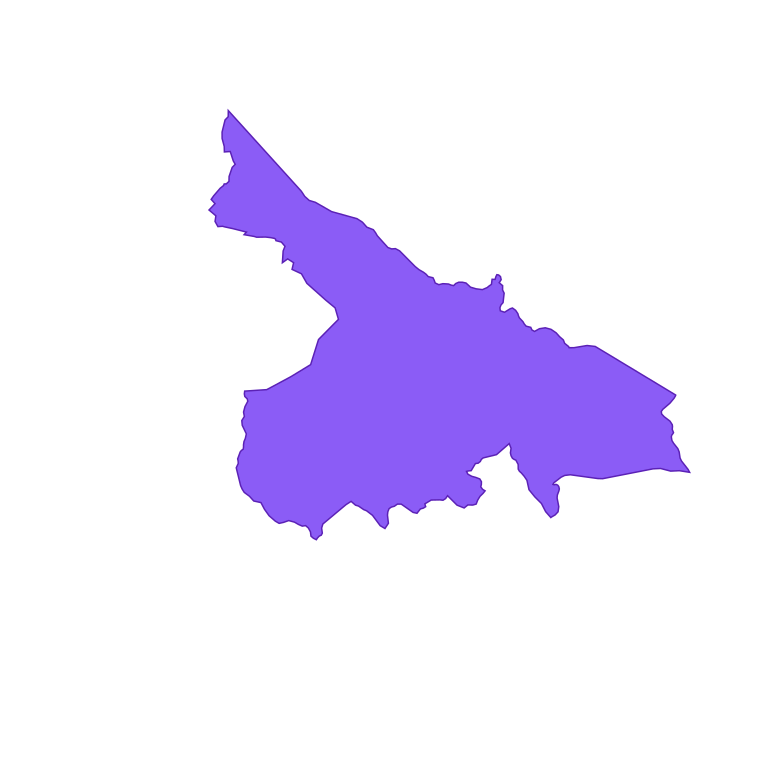 an SVG outline of Assaba, rotated 309°
{"feature_id": "MRT-2789", "entity_name": "Assaba", "entity_type": "Region", "adm_level": 1, "iso_a3": "MRT", "parent_name": "Mauritania", "parent_adm1": "", "projection": "natural_earth1", "projection_center": [-11.553, 16.707], "detail": "fine", "context": "isolated", "style": "filled", "palette": "violet", "viewbox_px": 768, "rotation_deg": 309, "n_neighbors": 0, "source": "natural_earth", "source_scale": "10m", "svg_char_len": 3839}
<svg xmlns="http://www.w3.org/2000/svg" viewBox="0 0 768 768"><g transform="rotate(309 384 384)"><path d="M507.7,677.1L502.5,668.1L496.7,661.6L492.4,652.1L487.4,646.5L448.0,613.5L445.1,609.7L430.7,585.9L426.7,582.0L423.1,580.3L414.2,578.2L412.8,578.4L412.3,578.5L412.6,579.3L413.0,579.9L413.5,580.3L414.2,580.8L414.5,581.7L414.7,582.6L414.5,583.6L414.2,584.5L412.8,586.3L411.0,587.2L406.8,588.6L404.3,590.3L398.7,597.0L394.2,599.7L390.0,599.4L385.8,597.8L385.2,597.7L386.5,590.0L390.2,581.6L391.2,572.3L393.1,563.2L399.1,555.7L400.5,551.1L401.3,546.7L401.4,544.2L402.3,541.9L405.9,538.9L407.8,534.4L407.3,532.7L407.1,530.6L408.2,527.9L410.0,525.6L414.0,523.2L416.5,518.8L399.9,515.9L389.0,507.6L386.7,507.1L384.4,507.6L381.7,507.0L379.7,505.1L371.5,506.3L369.8,504.5L368.0,503.1L366.7,506.0L367.5,510.3L369.2,514.2L370.5,518.2L369.4,521.2L367.2,522.9L365.0,523.9L364.2,526.9L364.6,529.8L361.3,529.8L357.1,529.3L352.7,529.9L348.7,531.2L345.8,529.2L342.8,525.3L338.1,524.3L335.8,517.0L337.2,503.7L333.7,504.0L330.8,503.0L329.0,500.2L323.5,493.7L316.6,491.2L315.6,492.5L314.9,493.6L312.3,492.7L309.8,490.9L304.3,491.0L302.5,487.4L301.5,473.0L299.1,470.0L295.5,469.0L293.0,467.2L290.3,466.4L287.1,467.4L284.3,469.2L278.5,475.1L272.3,475.7L271.5,470.2L274.7,457.7L274.5,450.2L273.6,447.3L273.1,441.0L271.9,438.1L272.1,432.3L266.3,430.4L236.7,424.6L232.8,426.2L229.3,429.9L227.1,430.4L225.1,429.4L222.5,429.2L220.4,429.4L219.7,426.2L219.8,423.0L222.8,419.9L224.5,415.8L224.6,412.2L222.1,409.9L221.0,405.8L220.3,401.4L217.9,395.9L213.2,393.0L209.7,390.2L209.0,385.8L209.3,377.6L211.4,370.0L214.4,363.0L211.1,356.4L212.1,350.1L211.8,343.6L213.1,339.8L214.8,336.5L225.9,321.9L230.6,320.7L232.4,319.0L233.7,317.4L240.7,315.0L242.7,315.0L244.7,315.6L246.6,314.5L248.3,313.1L251.2,311.4L254.4,310.5L258.6,308.4L262.7,299.8L266.1,296.5L270.9,295.9L273.8,292.5L278.9,290.2L284.9,289.0L286.4,287.0L286.7,283.7L288.4,281.7L290.8,280.2L305.8,296.4L330.8,306.9L352.9,314.8L377.4,305.1L405.6,307.9L412.4,298.1L412.5,286.2L413.7,260.7L417.7,250.5L415.2,240.4L421.4,237.4L420.6,230.4L414.3,228.7L419.0,225.4L423.9,221.9L428.7,220.4L429.7,214.9L427.4,209.8L428.3,208.6L428.2,207.2L426.6,204.1L423.7,199.5L417.9,192.6L417.0,190.3L412.0,181.3L415.5,181.5L409.7,168.9L405.8,161.2L405.0,159.3L401.8,155.9L404.0,150.4L408.9,147.5L409.1,138.5L417.8,139.2L418.7,133.5L423.2,133.2L433.0,133.5L437.3,134.4L438.9,133.9L440.3,135.5L443.9,136.0L447.8,133.0L456.8,129.7L461.1,130.1L462.5,126.5L467.9,118.2L463.9,113.9L468.1,110.3L472.9,103.7L477.9,99.6L489.2,94.3L493.7,94.7L498.5,90.9L481.8,198.4L479.9,204.4L479.6,210.4L482.0,216.3L485.0,234.8L495.5,259.0L496.2,265.4L495.1,272.0L497.2,278.6L496.3,282.1L495.0,285.5L492.5,301.1L493.8,304.9L496.4,307.7L497.3,312.3L494.9,334.3L494.9,339.4L495.7,344.3L495.8,347.5L495.3,350.8L497.4,355.2L496.2,357.8L494.7,360.2L495.7,364.1L499.0,366.6L502.3,371.2L503.1,373.9L504.3,376.2L507.2,376.5L510.1,378.0L512.5,381.0L514.1,384.2L513.7,390.3L516.0,395.8L519.3,401.1L523.9,403.5L526.4,404.0L529.0,404.8L533.4,402.1L535.2,404.5L537.8,403.4L540.0,402.9L540.9,404.5L540.8,406.9L538.8,409.4L535.2,409.8L535.1,414.3L531.7,417.0L530.2,420.2L522.2,425.3L519.0,425.2L516.2,426.1L514.1,428.3L515.6,432.5L521.9,434.7L523.9,436.0L524.1,439.9L522.9,443.8L521.6,445.6L520.6,447.6L519.9,452.7L518.9,455.3L518.4,458.1L520.4,462.4L519.1,464.9L519.6,467.9L524.8,470.0L529.2,474.0L531.6,479.4L532.1,485.6L531.3,490.5L531.1,495.7L529.3,498.8L529.3,503.9L528.7,505.0L531.8,508.8L541.7,517.6L546.1,524.5L559.0,617.6L558.6,617.9L555.5,618.4L549.1,618.3L539.7,616.6L537.1,616.8L535.4,618.7L534.9,622.2L535.1,629.7L533.8,633.6L532.6,634.9L530.1,636.6L528.4,639.6L527.1,639.8L525.5,639.8L523.8,640.5L521.3,643.3L520.2,646.3L518.7,653.0L517.0,656.1L512.8,660.7L511.4,663.6L509.0,674.0L507.7,677.1Z" fill="#8b5cf6" stroke="#5b21b6" stroke-width="1.5"/></g></svg>